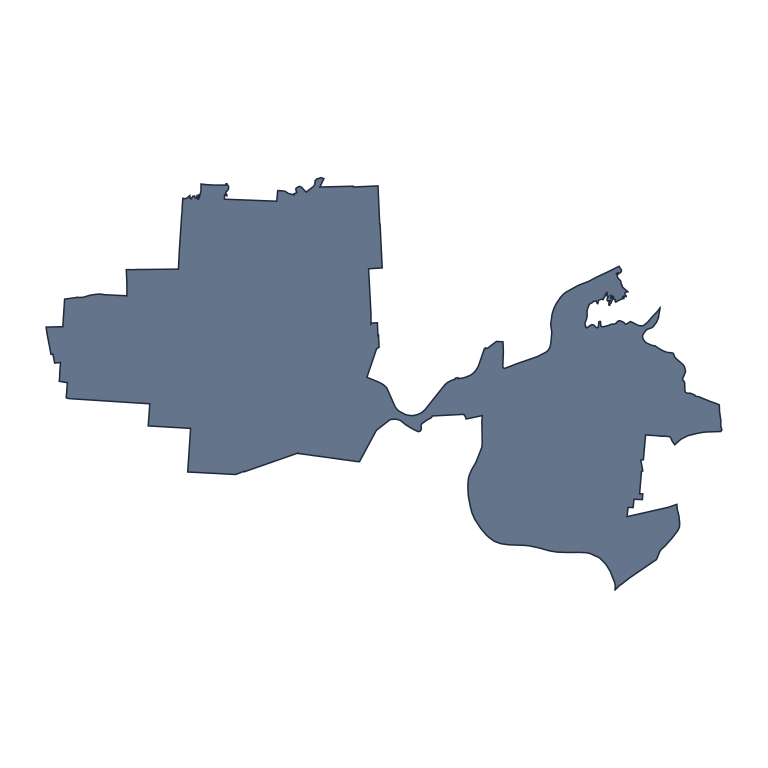 the district of Bertestii De Jos, Braila, Romania
{"feature_id": "2599482B54803043884513", "entity_name": "Bertestii De Jos", "entity_type": "district", "adm_level": 2, "iso_a3": "ROU", "parent_name": "Romania", "parent_adm1": "Braila", "projection": "natural_earth1", "projection_center": [27.835, 44.83], "detail": "fine", "context": "isolated", "style": "filled", "palette": "slate", "viewbox_px": 768, "rotation_deg": 0, "n_neighbors": 0, "source": "geoboundaries", "source_scale": "gbopen_adm2", "svg_char_len": 6111}
<svg xmlns="http://www.w3.org/2000/svg" viewBox="0 0 768 768"><path d="M358.9,461.8L359.5,461.6L363.7,453.9L376.4,430.3L390.4,419.4L391.8,419.5L395.3,419.1L399.3,420.0L400.9,420.9L406.0,425.0L412.6,429.0L417.8,431.5L418.7,431.7L420.0,431.2L421.1,429.9L421.4,428.3L421.0,425.6L421.7,423.8L427.0,420.0L430.9,418.0L431.9,416.9L432.3,416.0L462.7,414.4L463.8,414.6L464.7,415.7L465.3,416.6L466.1,419.0L482.3,415.6L481.9,421.2L482.2,443.5L481.8,447.4L476.1,461.9L471.4,470.2L469.5,474.7L468.6,477.6L468.1,481.4L467.9,485.0L468.0,491.5L468.4,496.6L470.2,506.0L471.9,512.7L474.7,519.2L480.5,528.1L486.1,534.8L489.4,537.8L494.3,541.3L500.8,543.7L508.6,544.8L525.0,545.4L528.9,545.8L538.1,547.7L549.7,550.9L557.1,552.1L567.8,552.5L578.9,552.4L586.4,552.7L590.8,553.8L596.3,556.5L597.1,556.4L599.8,558.2L604.5,562.8L606.5,565.2L610.2,571.4L614.7,582.7L615.2,585.0L615.2,586.5L615.1,589.2L614.6,590.4L619.7,585.3L621.3,584.4L630.3,577.4L656.5,559.5L659.7,551.8L660.9,549.7L664.8,546.3L672.1,538.1L677.5,531.1L679.4,527.4L679.7,524.0L679.6,521.8L678.9,515.7L677.3,509.5L676.9,504.3L668.3,507.3L627.0,516.6L628.1,507.4L633.1,507.6L634.0,499.3L642.4,499.6L642.8,493.9L639.6,493.9L641.5,471.3L642.8,471.0L640.8,460.0L643.4,459.8L645.6,435.0L658.1,435.8L659.1,436.1L664.1,436.3L664.4,435.8L666.4,436.4L669.6,436.6L670.7,437.9L672.2,441.2L674.7,444.8L681.0,439.2L687.9,435.7L696.7,433.5L702.4,432.4L706.4,432.0L720.9,431.5L721.4,430.3L721.9,430.0L720.8,426.0L720.9,420.8L719.6,411.9L719.3,404.9L716.5,403.6L709.9,401.3L699.3,396.9L695.4,396.1L694.9,395.1L690.6,393.3L689.9,393.1L688.0,393.3L686.2,392.8L685.4,392.2L684.9,390.4L684.7,383.1L684.3,381.6L682.8,380.0L682.5,379.0L685.0,373.2L685.6,371.3L684.5,366.8L683.4,364.9L676.1,358.6L674.7,356.8L673.6,353.8L672.8,353.0L667.0,352.3L663.0,350.8L658.1,348.0L655.2,345.9L651.8,345.3L647.4,343.4L645.8,342.5L644.6,341.2L643.6,339.8L642.6,337.4L642.7,335.1L643.3,334.0L645.6,330.8L647.2,329.3L651.2,328.0L652.5,327.3L653.3,326.6L656.5,322.3L658.5,317.7L659.0,313.9L660.1,308.6L660.0,307.8L657.7,311.1L653.3,315.6L647.4,322.4L643.8,325.3L642.2,325.9L638.5,325.5L630.6,321.5L627.1,323.6L626.1,324.1L625.5,324.1L624.8,323.7L623.9,322.4L620.6,320.9L619.3,320.6L617.6,321.4L615.7,323.6L614.1,324.1L612.3,324.0L611.4,324.4L610.4,324.4L609.0,325.3L603.6,326.7L602.0,326.7L601.0,326.2L600.6,323.5L600.6,321.7L600.0,321.3L598.8,322.0L598.6,324.9L597.9,327.5L597.6,327.7L596.3,327.6L595.3,326.8L594.5,325.5L592.7,324.7L591.8,324.7L590.9,325.1L588.4,326.7L587.0,327.9L586.4,327.8L585.6,326.8L585.7,326.0L585.1,324.8L585.0,323.1L586.8,318.2L587.2,315.4L587.0,311.4L587.8,308.1L589.2,304.5L590.1,303.9L590.3,303.5L592.0,302.8L593.2,301.6L595.3,301.1L596.3,301.1L597.1,303.3L597.7,303.7L598.2,302.5L598.2,301.1L598.6,300.4L601.6,299.1L602.2,299.1L602.7,299.6L603.4,299.4L604.0,297.5L604.8,296.9L605.1,295.0L605.8,294.3L606.6,292.4L607.1,292.6L607.1,293.0L606.7,295.8L608.0,296.0L608.4,296.5L607.4,297.8L607.0,300.0L607.8,301.1L609.9,300.6L610.2,301.0L609.0,302.3L608.8,304.5L609.0,305.2L609.5,305.4L610.1,304.1L611.1,302.9L612.2,300.0L612.6,299.7L612.8,299.1L612.6,297.7L612.3,297.4L611.5,297.4L611.5,298.3L610.8,298.2L610.6,297.8L610.8,297.4L611.6,296.8L611.5,296.2L610.9,295.9L610.7,295.5L611.0,295.2L611.9,296.0L612.9,296.2L613.3,296.7L613.3,297.2L613.6,297.2L613.7,297.5L613.7,298.9L614.7,299.8L615.3,299.8L615.2,301.5L615.8,302.2L617.6,301.0L621.2,299.2L623.9,298.5L624.1,298.2L624.0,297.7L622.7,297.4L623.1,296.4L623.5,296.3L623.8,296.6L624.3,296.4L626.2,296.6L626.1,295.7L625.0,294.6L625.0,292.7L625.5,292.3L627.9,291.8L622.5,287.1L622.1,285.5L621.1,283.3L620.7,280.9L618.0,278.1L617.6,277.3L617.0,274.5L616.3,273.6L618.1,272.6L618.7,273.4L617.1,274.4L617.3,275.5L617.4,274.8L618.1,274.1L620.3,272.7L621.2,271.8L621.6,270.2L619.0,266.3L609.2,271.2L596.4,277.2L588.6,281.4L579.1,285.0L576.7,286.2L566.0,292.1L563.3,294.3L560.4,297.5L556.2,303.7L554.8,306.5L553.8,308.6L552.1,314.1L550.7,324.4L551.8,332.3L551.1,340.3L550.6,344.1L550.0,346.8L549.0,348.9L547.6,350.7L546.2,352.0L537.6,356.5L517.1,363.6L505.5,368.1L504.6,368.3L503.8,368.2L502.8,367.0L503.4,351.8L503.0,341.8L496.4,341.4L488.0,347.9L487.0,348.3L485.2,347.9L484.7,349.4L484.2,349.2L478.3,366.3L476.9,368.8L475.0,371.4L472.9,373.5L470.2,375.4L464.4,377.6L461.9,378.2L458.5,378.6L458.7,378.1L457.5,377.6L455.2,378.3L455.3,379.1L451.2,380.5L447.2,382.7L444.8,384.8L425.0,409.7L422.0,412.3L419.7,413.7L417.3,414.6L413.6,415.5L411.1,415.6L407.0,415.0L405.1,414.4L399.0,411.1L397.5,409.8L395.3,407.1L387.2,388.8L386.5,387.6L384.6,385.7L382.6,384.2L379.2,382.3L366.9,377.3L376.6,348.8L379.1,347.2L378.5,335.1L377.9,335.6L377.4,322.8L372.2,323.0L371.0,324.1L371.0,314.2L368.6,268.8L382.2,267.9L380.1,224.1L379.7,224.1L378.0,185.9L353.5,187.0L353.3,186.9L353.3,186.2L319.9,187.0L323.9,178.6L320.9,177.6L319.7,178.1L316.9,178.9L315.1,180.7L315.0,183.1L314.4,185.2L313.3,186.6L307.0,191.4L306.4,192.1L305.2,191.2L301.5,187.2L300.1,186.4L298.7,186.6L296.3,188.0L295.9,188.7L295.8,189.5L296.4,191.7L296.8,192.3L296.0,193.0L293.9,193.8L294.1,194.8L293.6,194.8L288.0,193.3L285.6,191.6L284.3,191.1L277.9,190.5L277.7,190.7L276.7,201.2L224.8,199.2L224.4,198.7L224.6,194.8L225.1,194.6L226.1,195.6L226.9,195.9L226.8,194.6L225.7,193.0L225.8,192.2L227.1,191.0L228.5,189.1L228.6,186.3L227.4,184.8L227.0,183.7L225.9,183.8L225.8,185.1L214.6,185.1L207.3,184.7L201.0,184.0L201.0,190.6L199.5,196.8L198.3,199.4L198.0,199.4L199.0,194.9L197.1,195.4L196.5,198.1L195.2,197.9L194.7,196.0L192.8,196.2L191.3,198.7L190.1,198.5L190.1,196.9L189.5,196.8L189.7,195.7L186.9,198.0L185.4,198.7L182.8,198.3L182.1,208.8L182.2,210.8L181.6,216.1L179.4,249.5L178.4,269.1L142.1,269.5L137.6,269.4L134.6,269.7L126.3,269.6L126.9,283.5L126.9,295.8L104.6,294.7L100.0,294.0L95.3,294.4L89.5,295.3L83.7,297.2L79.2,297.5L76.9,297.2L76.5,297.5L64.6,299.1L62.8,326.7L46.1,327.1L47.0,333.5L51.0,354.4L52.9,354.2L54.7,363.1L60.5,362.5L59.7,373.1L59.6,377.9L59.2,381.3L67.4,382.7L66.2,397.7L67.3,398.3L70.2,398.7L149.8,403.8L148.2,425.9L190.6,428.4L187.7,472.0L235.6,474.5L244.1,471.3L244.3,471.8L298.1,453.0L298.3,453.5L358.9,461.8Z" fill="#64748b" stroke="#1e293b" stroke-width="1.5"/></svg>